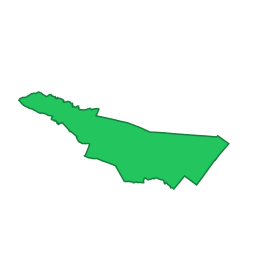 the district of Fantanele, Prahova, Romania, rotated 325°
{"feature_id": "2599482B12219872135707", "entity_name": "Fantanele", "entity_type": "district", "adm_level": 2, "iso_a3": "ROU", "parent_name": "Romania", "parent_adm1": "Prahova", "projection": "robinson", "projection_center": [26.36, 45.022], "detail": "fine", "context": "isolated", "style": "filled", "palette": "green", "viewbox_px": 256, "rotation_deg": 325, "n_neighbors": 0, "source": "geoboundaries", "source_scale": "gbopen_adm2", "svg_char_len": 5299}
<svg xmlns="http://www.w3.org/2000/svg" viewBox="0 0 256 256"><g transform="rotate(325 128 128)"><path d="M181.1,204.4L188.0,202.0L188.9,201.9L189.4,201.8L195.3,200.2L196.4,200.0L201.5,198.7L197.0,185.8L195.5,186.2L186.6,178.8L181.8,175.0L177.9,171.8L177.7,171.6L177.2,171.3L173.6,168.3L164.8,161.1L164.1,160.5L161.5,158.4L154.7,152.6L148.3,147.5L143.6,143.9L138.9,135.8L138.3,134.9L136.4,132.0L135.7,131.1L135.5,130.9L135.5,130.7L135.4,130.6L135.2,130.3L134.7,129.4L134.3,128.9L133.6,127.7L132.4,126.3L131.8,125.2L131.1,124.3L130.7,123.6L128.2,120.8L127.1,119.7L126.5,119.1L124.1,116.4L121.4,113.2L116.7,108.2L115.8,107.2L115.1,106.4L109.6,100.6L109.1,100.4L108.9,100.1L108.9,99.6L111.9,97.9L114.0,96.5L114.7,96.1L115.0,95.7L114.8,95.3L114.6,95.0L114.4,94.8L113.6,94.3L112.8,93.8L111.6,93.1L108.7,92.1L108.6,91.5L108.3,90.6L108.0,90.0L107.9,89.9L107.3,89.9L107.0,89.9L106.7,89.7L106.0,89.3L104.3,89.0L103.8,88.7L103.0,88.4L102.9,88.4L102.5,88.2L101.6,87.4L101.0,87.0L100.2,86.3L99.1,85.2L99.0,84.9L98.8,84.8L98.9,83.8L98.9,83.7L99.4,83.2L99.5,83.0L99.5,82.9L99.3,82.3L99.3,82.1L99.5,81.9L99.9,81.7L99.7,81.5L99.5,81.4L99.5,81.2L98.9,81.0L98.7,81.0L98.1,81.0L97.7,81.1L97.2,81.3L96.9,81.2L96.5,80.5L96.2,79.6L95.7,79.5L95.5,79.0L94.9,79.0L94.8,78.9L95.0,78.6L95.3,78.5L95.5,78.4L95.6,78.2L95.3,78.2L95.0,78.0L95.2,77.8L95.4,77.9L95.4,77.7L95.6,77.7L95.7,77.4L95.7,77.2L96.0,76.9L96.5,76.4L96.5,75.8L96.3,75.8L96.0,75.7L95.7,75.7L95.4,75.2L95.4,74.3L95.5,74.0L95.6,73.8L95.3,73.3L94.9,72.9L94.7,72.5L94.4,72.1L93.9,71.8L93.5,71.4L93.1,71.3L92.8,71.4L92.7,71.4L92.3,71.1L92.1,71.0L91.6,70.6L90.9,70.5L90.5,70.0L90.1,69.9L90.0,69.6L90.2,69.2L90.5,69.0L91.2,68.6L91.1,68.0L90.9,67.6L90.5,66.9L90.3,66.2L90.1,65.9L89.2,64.7L88.2,63.8L88.1,63.5L87.8,62.7L86.3,63.3L85.7,62.2L86.3,61.9L86.3,60.6L85.9,60.6L85.5,60.1L85.1,59.9L85.1,59.5L84.7,58.8L84.3,58.4L83.9,57.8L84.3,57.5L84.3,57.4L84.3,57.2L84.1,56.9L84.1,56.7L83.9,56.8L83.4,56.0L83.0,55.7L82.7,55.6L82.2,55.6L81.4,55.7L80.3,55.7L79.9,55.7L79.5,55.5L79.1,55.2L78.9,54.9L78.7,54.4L78.3,53.6L77.5,51.6L77.2,50.5L77.0,49.6L76.4,48.8L76.1,48.2L75.6,47.4L75.1,47.2L74.6,47.0L73.8,47.0L72.8,47.0L72.3,46.9L72.0,46.7L71.7,46.1L71.5,45.9L70.7,45.5L69.6,45.1L69.0,44.7L68.4,44.5L67.6,44.5L66.7,44.6L66.0,44.6L63.7,44.3L62.4,44.5L62.2,44.4L61.1,43.7L60.3,43.3L60.2,43.2L59.8,42.9L59.5,42.7L58.9,42.5L57.7,42.3L56.6,42.0L55.8,42.2L54.5,42.8L54.8,44.0L54.9,45.8L55.2,48.1L55.3,48.9L55.5,49.3L56.3,51.2L57.2,52.7L57.7,53.4L58.0,54.0L58.2,54.8L58.4,55.1L58.7,55.6L59.3,56.2L60.1,57.1L60.4,57.5L60.6,57.9L61.0,58.8L61.9,60.6L62.7,61.7L63.0,62.9L63.2,63.5L64.1,64.9L64.6,65.6L65.2,65.8L65.7,66.1L66.5,66.6L67.1,67.3L68.4,68.9L68.8,69.6L69.0,69.8L69.5,71.3L69.8,71.8L70.2,72.2L72.5,74.4L72.8,74.9L72.9,75.2L72.6,75.3L72.2,75.6L70.6,76.3L70.3,76.5L70.6,77.4L71.0,78.0L70.8,78.0L71.4,78.7L71.6,79.0L71.5,79.4L71.8,79.9L71.9,80.2L72.7,79.9L72.9,80.4L73.1,80.9L73.2,81.2L73.0,81.3L73.1,81.5L73.1,82.1L72.9,82.6L72.7,83.1L73.1,83.2L73.0,83.4L72.8,83.8L72.8,84.1L73.8,84.2L73.7,84.7L73.4,84.8L73.1,84.7L73.1,85.3L73.6,85.3L74.3,85.1L74.8,85.1L75.0,85.2L75.6,85.7L75.8,85.7L77.2,85.8L78.5,95.6L78.4,96.0L78.3,96.5L78.4,97.0L78.5,97.6L79.0,97.6L79.1,98.3L79.6,99.7L80.0,101.1L80.4,102.4L80.7,104.1L80.9,104.8L81.1,105.1L81.3,105.5L80.9,105.7L80.5,106.1L80.4,106.3L80.1,107.8L79.9,109.3L79.9,110.6L80.0,111.2L80.2,111.6L80.3,112.0L80.6,112.5L81.7,114.5L81.8,114.6L82.1,114.9L83.1,115.5L84.8,116.9L86.3,117.6L87.4,118.9L86.8,119.6L84.1,121.6L83.3,122.1L82.0,122.9L81.3,123.4L78.3,125.3L77.1,126.0L76.9,126.0L76.5,125.8L76.4,125.8L76.4,126.1L77.5,128.0L78.5,129.6L78.8,129.9L79.3,130.4L80.3,131.3L80.5,131.5L80.8,132.1L81.0,132.3L81.7,132.8L82.2,133.2L82.5,133.4L83.1,134.0L84.8,135.0L85.1,135.3L85.3,135.6L85.4,135.9L85.7,136.2L86.1,137.0L86.5,137.4L88.5,140.7L89.7,142.2L91.7,145.0L92.3,145.9L92.6,146.4L94.5,149.1L95.5,150.9L96.3,152.3L96.1,152.5L95.9,153.7L95.8,154.8L95.6,157.4L95.0,163.5L94.7,166.6L94.5,168.7L94.3,169.1L94.6,169.5L95.0,170.2L95.7,170.8L96.2,171.1L96.8,171.5L97.6,171.8L98.2,172.4L98.9,173.3L99.9,173.8L100.3,174.1L100.5,174.5L100.7,174.8L100.8,175.4L100.9,175.8L101.2,176.1L101.6,176.3L103.2,176.6L104.1,177.1L104.3,177.2L104.5,178.1L104.8,178.4L105.3,178.7L105.7,178.9L106.9,179.7L108.0,180.8L109.3,181.7L109.5,181.8L109.7,181.6L109.8,181.3L109.9,181.0L110.4,180.3L111.0,179.6L112.7,178.5L112.9,178.4L113.0,178.4L113.1,178.5L113.5,179.3L113.9,179.7L114.1,180.0L114.3,181.1L114.4,181.4L114.7,181.9L115.1,182.1L115.7,182.2L116.6,182.8L117.1,183.0L118.5,183.3L119.3,183.3L119.6,183.5L119.8,184.2L119.8,184.3L120.2,184.5L121.3,184.7L121.8,184.8L122.9,185.3L123.3,185.7L123.5,186.0L123.6,186.6L123.7,186.9L124.1,187.6L125.0,188.8L125.7,189.6L126.8,190.7L127.1,191.0L127.1,191.5L127.1,192.0L126.8,192.4L126.7,192.7L126.2,193.8L126.0,194.4L126.0,194.7L126.1,194.9L126.3,195.0L126.7,194.9L127.8,194.5L128.0,194.5L128.0,195.3L128.0,195.5L128.4,196.0L128.2,196.7L128.2,196.9L128.2,197.2L128.6,197.8L128.7,198.1L128.7,198.9L129.2,199.8L129.1,200.1L128.9,200.7L128.6,201.2L128.6,201.3L128.6,201.5L129.3,201.7L129.5,201.8L129.6,202.1L130.2,202.8L130.3,203.1L130.3,203.7L130.4,203.9L130.5,204.2L140.6,201.5L146.8,199.7L149.1,206.5L151.5,214.0L160.1,211.2L167.2,208.7L175.4,205.9L181.0,204.0L181.1,204.4Z" fill="#22c55e" stroke="#15803d" stroke-width="1.5"/></g></svg>